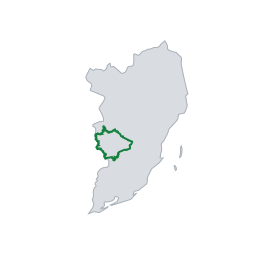 location of Catacamas, Olancho, Honduras, rotated 120°
{"feature_id": "27666195B98073695243909", "entity_name": "Catacamas", "entity_type": "district", "adm_level": 2, "iso_a3": "HND", "parent_name": "Honduras", "parent_adm1": "Olancho", "projection": "natural_earth1", "projection_center": [-85.508, 14.563], "detail": "fine", "context": "in_parent", "style": "outline", "palette": "green", "viewbox_px": 256, "rotation_deg": 120, "n_neighbors": 0, "source": "geoboundaries", "source_scale": "gbopen_adm2", "svg_char_len": 7425}
<svg xmlns="http://www.w3.org/2000/svg" viewBox="0 0 256 256"><g transform="rotate(120 128 128)"><path d="M221.9,119.3L214.1,118.7L210.4,119.9L208.8,122.3L207.4,123.4L206.3,123.2L203.9,124.1L200.4,126.3L197.3,127.2L194.4,126.6L193.6,127.2L193.4,127.9L193.0,128.6L191.9,128.9L190.6,128.8L189.2,128.0L188.4,128.3L188.4,129.7L187.6,130.1L186.1,129.4L184.5,130.0L182.7,131.7L180.2,132.0L176.9,131.1L174.3,129.2L172.5,126.5L170.4,125.8L166.6,127.8L165.0,130.2L164.7,131.6L165.1,132.9L164.4,133.8L162.6,134.3L161.3,135.9L160.4,138.7L160.2,140.8L160.7,142.3L159.9,143.4L157.6,144.2L154.9,146.6L151.7,150.6L148.6,153.5L145.5,155.1L144.0,156.9L144.1,158.9L143.9,159.5L143.4,159.7L142.3,160.0L136.4,155.7L134.7,152.7L133.2,153.2L131.3,154.7L128.7,158.1L125.8,162.6L124.5,163.2L117.4,162.5L113.7,162.9L112.9,163.5L112.5,165.2L112.7,167.4L113.8,175.5L114.3,178.8L113.8,179.9L111.9,180.0L109.4,180.5L108.0,182.0L107.7,183.6L107.6,185.8L106.8,188.0L105.3,189.7L103.8,190.2L95.3,190.7L95.5,186.9L93.0,185.4L91.7,182.3L90.5,180.2L90.9,178.9L90.7,177.4L87.3,176.3L84.1,177.2L82.2,176.6L80.9,175.8L83.2,173.9L83.4,172.8L82.7,172.0L81.9,171.5L82.1,169.4L82.6,166.9L83.9,161.1L83.4,160.1L81.3,158.4L78.6,158.2L75.6,158.8L74.1,157.9L72.9,155.9L70.7,154.9L66.9,156.5L62.9,158.9L61.7,159.8L60.7,159.7L60.2,157.9L60.0,155.8L59.8,155.2L57.7,154.5L55.2,153.9L53.9,153.4L52.7,151.9L49.7,150.1L49.0,148.7L45.1,145.5L44.3,144.0L43.4,142.8L41.4,141.4L39.9,141.7L34.9,139.9L34.1,139.7L34.8,138.2L36.4,135.7L39.9,133.0L40.2,130.8L39.3,126.5L38.4,123.8L38.9,122.6L40.0,117.6L40.9,116.5L45.9,114.0L46.4,113.6L50.4,110.1L54.8,106.2L59.4,102.0L64.5,97.2L67.3,94.4L68.6,93.2L71.5,94.2L73.9,91.9L75.2,91.2L78.3,88.4L79.3,87.8L84.5,86.7L87.1,86.8L89.3,89.5L91.0,91.0L94.3,89.7L97.1,89.4L108.5,92.0L113.1,90.9L121.4,90.6L125.2,91.3L130.5,87.6L133.9,86.9L137.9,85.2L137.3,83.5L136.4,82.7L142.5,83.5L151.5,87.1L161.2,86.5L164.7,84.5L166.9,83.9L176.8,87.7L179.4,90.6L181.5,90.9L183.1,90.2L183.5,89.6L181.5,89.0L180.6,88.1L188.4,89.9L203.2,103.5L203.5,104.7L197.2,100.6L193.9,100.9L193.0,101.6L193.2,103.8L193.5,104.8L194.9,104.9L196.0,104.3L198.6,105.1L200.3,106.5L202.4,108.8L203.6,111.2L205.0,111.3L206.3,109.8L208.8,109.6L210.4,111.3L211.6,111.2L210.0,108.6L206.2,106.1L207.1,106.0L215.5,110.5L217.8,116.2L219.8,117.5L221.9,119.3ZM123.3,70.1L118.4,72.9L116.9,72.9L119.1,70.7L122.7,68.9L125.7,68.0L128.2,68.4L123.3,70.1ZM139.8,67.2L137.5,69.2L137.1,68.3L138.2,66.4L139.6,65.3L141.0,65.4L140.6,66.3L139.8,67.2Z" fill="#d9dde1" stroke="#a8b0b8" stroke-width="1"/><path d="M148.9,152.2L149.0,152.3L149.4,152.3L149.2,152.5L149.3,152.7L150.0,152.9L150.4,152.8L150.5,152.7L150.4,152.5L150.4,152.4L150.5,152.3L150.8,152.3L150.8,152.1L150.8,151.7L150.9,151.4L151.0,151.4L151.1,151.8L151.3,151.7L151.2,151.5L151.2,151.4L151.5,151.4L151.6,151.5L151.7,151.2L151.8,151.2L152.0,151.2L152.2,150.8L152.3,150.7L152.5,150.5L152.7,150.8L153.1,150.7L153.3,150.4L153.4,150.5L153.7,150.2L153.9,150.2L153.9,149.8L154.1,149.7L154.0,149.4L154.1,149.0L154.1,148.8L154.3,148.6L154.4,148.4L154.6,148.3L154.6,148.2L154.8,148.1L154.8,147.9L154.6,147.6L154.8,147.5L154.8,147.3L154.8,147.1L154.8,146.9L154.6,146.8L154.5,146.7L155.0,146.6L155.0,147.0L155.3,146.8L155.4,146.5L155.4,146.3L155.8,146.3L155.8,146.2L155.8,145.8L155.9,145.7L156.1,145.7L156.8,145.4L157.0,145.5L157.4,145.6L157.4,145.4L157.6,145.3L158.0,145.3L158.0,145.2L158.2,145.4L158.5,145.3L158.9,145.6L159.2,145.5L159.3,145.6L159.5,145.5L159.9,145.5L160.1,145.4L160.5,145.7L160.7,145.4L160.8,144.9L161.0,144.7L161.4,144.3L161.4,144.2L161.5,144.0L161.5,143.8L161.2,143.6L160.9,143.5L160.7,143.3L160.6,142.7L160.4,142.9L160.3,142.6L160.3,142.4L160.1,142.2L160.3,142.1L160.2,141.9L160.2,141.6L159.9,141.4L159.6,141.5L159.5,141.2L159.9,140.8L160.0,140.5L160.1,140.1L160.4,140.1L160.5,139.8L160.5,139.5L160.7,139.3L160.7,139.1L160.6,138.6L160.7,138.2L160.6,137.9L160.9,137.6L161.1,137.7L161.2,137.4L161.5,137.4L161.7,136.7L162.0,136.1L161.9,135.9L161.7,135.2L161.9,135.0L161.9,134.6L161.7,134.5L161.6,134.4L161.8,134.1L162.1,134.1L162.3,133.8L162.5,133.8L162.5,134.0L162.8,134.1L162.9,134.5L163.0,134.7L163.2,134.9L163.5,134.9L163.9,134.7L164.2,134.7L164.4,134.4L164.8,134.1L165.5,132.9L165.0,133.0L164.9,132.9L165.1,132.5L165.4,132.4L165.4,132.2L165.4,131.9L165.3,131.7L165.1,131.5L164.6,131.4L161.3,127.5L161.5,127.4L161.9,127.2L161.9,126.8L161.7,126.7L161.8,126.2L162.0,126.0L162.0,125.8L162.0,125.7L162.1,125.4L162.2,125.1L162.1,124.8L162.2,124.6L162.3,124.5L162.5,124.6L162.7,124.4L162.9,124.3L163.0,124.2L163.0,123.9L162.9,123.9L162.9,124.1L162.6,123.9L162.5,124.0L162.4,124.0L162.2,124.0L162.0,123.7L161.9,123.6L161.7,123.7L161.4,123.8L161.3,124.1L161.2,124.1L161.2,123.7L160.9,123.6L160.8,123.8L160.7,123.9L160.7,124.1L160.8,124.4L160.7,124.5L160.8,124.7L160.8,124.9L160.7,124.8L160.4,124.9L160.2,124.5L160.1,124.4L160.0,124.5L160.0,124.4L159.9,124.5L159.9,124.4L159.8,124.2L159.7,124.1L159.4,123.9L159.2,123.7L159.1,123.4L158.9,123.5L158.7,123.5L158.7,123.4L158.6,123.5L158.4,123.5L158.3,123.4L158.2,123.2L157.8,123.0L157.8,122.8L157.6,122.8L157.6,122.6L157.2,122.8L157.0,122.6L156.7,122.9L156.4,123.0L156.2,123.2L155.9,123.2L155.7,123.1L155.3,123.0L155.2,123.2L155.1,123.5L154.8,123.7L154.7,123.8L154.9,123.9L154.6,124.0L154.5,123.9L154.4,123.9L154.3,123.7L154.2,123.7L153.9,123.8L153.6,123.7L153.2,123.7L148.5,120.1L148.4,119.9L147.8,118.2L147.5,118.1L147.4,118.3L145.0,116.1L144.1,116.3L142.1,117.9L141.8,117.9L141.6,117.8L140.5,117.1L137.9,117.4L137.7,117.9L138.5,121.8L138.3,121.9L138.2,121.8L138.6,127.6L138.6,127.8L138.3,127.8L138.2,128.0L137.9,128.1L138.0,128.3L138.0,128.5L138.2,128.8L138.3,128.8L138.2,129.0L138.4,129.3L138.3,129.7L138.4,130.0L138.2,130.2L138.1,130.6L137.6,131.2L137.0,132.2L137.1,134.1L136.8,134.5L136.4,134.8L136.3,135.1L136.2,135.1L136.1,135.4L136.2,135.7L136.4,136.0L136.7,135.8L137.0,136.1L136.9,136.4L136.9,136.7L136.8,137.0L136.7,137.0L136.6,137.3L136.3,137.7L136.2,138.1L135.9,138.3L135.8,138.5L136.0,138.6L136.1,138.9L136.5,139.0L137.2,138.7L137.3,138.9L137.4,139.3L137.5,139.4L137.7,139.6L137.8,139.7L137.9,139.9L138.0,140.0L138.6,139.9L138.9,140.0L139.2,140.0L139.4,140.2L139.5,140.3L139.7,140.7L140.1,141.0L140.2,141.4L140.2,141.6L140.5,141.7L140.6,141.9L140.8,141.7L141.1,141.7L141.5,142.0L141.8,142.6L141.8,142.9L141.5,143.3L141.4,143.4L141.3,143.6L141.2,143.8L141.3,144.0L141.2,144.1L141.2,144.3L141.1,144.5L141.4,144.8L141.2,145.1L141.3,145.2L141.4,145.6L141.3,145.9L141.4,146.1L141.3,146.5L141.1,146.7L140.9,146.8L140.8,147.0L140.6,147.0L140.4,147.2L140.4,147.3L140.2,147.5L140.1,147.4L140.0,147.6L139.8,147.6L139.6,147.7L139.5,148.0L139.3,148.2L139.2,148.6L139.0,148.8L138.8,149.5L138.7,149.9L138.8,150.0L139.0,150.1L139.3,150.0L139.6,149.7L139.8,149.3L139.7,149.1L139.8,148.7L140.4,148.4L140.5,148.3L140.5,148.1L140.8,147.9L141.1,147.9L141.2,148.0L141.5,148.4L141.6,148.6L141.7,148.8L142.1,148.8L142.6,148.8L142.7,148.2L142.9,148.0L142.9,147.5L143.0,147.5L143.2,147.4L143.3,147.5L143.4,147.8L143.7,147.9L143.8,148.0L144.0,147.9L144.3,147.8L144.6,147.8L144.8,148.0L145.2,148.1L145.4,148.0L145.6,148.2L145.9,148.3L146.0,148.4L146.2,148.1L146.3,147.9L146.3,147.7L146.5,147.9L146.8,148.2L146.9,148.6L147.3,148.7L147.4,148.8L147.5,149.2L147.6,149.3L147.7,149.6L147.8,149.8L147.9,150.2L147.7,150.2L147.8,150.5L147.7,150.6L147.7,150.8L147.7,151.0L147.8,151.3L148.0,151.2L148.2,151.5L148.4,151.6L148.7,151.6L148.9,152.0L148.9,152.2Z" fill="none" stroke="#15803d" stroke-width="2"/></g></svg>